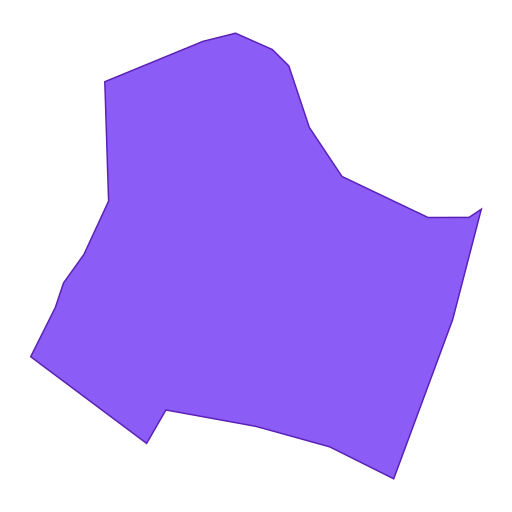 Seongdong-gu, Seoul, South Korea (orthographic projection)
{"feature_id": "91817680B63185877293812", "entity_name": "Seongdong-gu", "entity_type": "district", "adm_level": 2, "iso_a3": "KOR", "parent_name": "South Korea", "parent_adm1": "Seoul", "projection": "orthographic", "projection_center": [127.043, 37.542], "detail": "fine", "context": "isolated", "style": "filled", "palette": "violet", "viewbox_px": 512, "rotation_deg": 0, "n_neighbors": 0, "source": "geoboundaries", "source_scale": "gbopen_adm2", "svg_char_len": 398}
<svg xmlns="http://www.w3.org/2000/svg" viewBox="0 0 512 512"><path d="M393.7,478.8L452.6,319.8L481.3,209.2L469.0,217.4L428.0,217.5L342.0,176.5L309.3,127.4L288.8,65.9L272.4,49.6L235.5,33.2L202.8,41.4L104.8,81.7L108.6,201.1L84.0,254.3L63.5,283.0L55.3,307.6L30.7,356.7L41.2,364.6L146.6,443.4L165.9,410.0L256.0,426.4L329.8,446.9L393.7,478.8Z" fill="#8b5cf6" stroke="#5b21b6" stroke-width="1.5"/></svg>